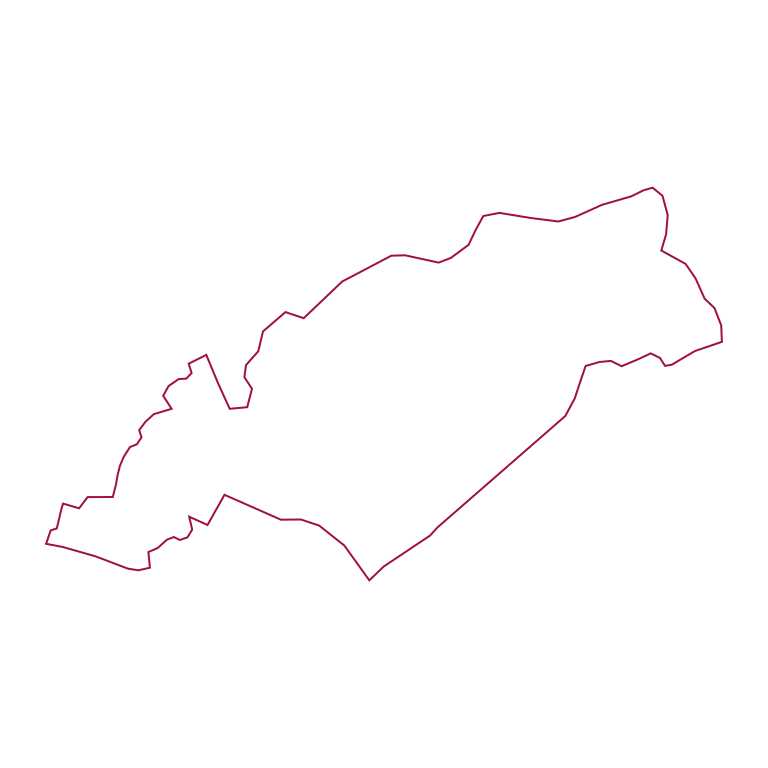 the district of Mirzo Ulugbek, Tashkent, Uzbekistan
{"feature_id": "79887680B41064680481751", "entity_name": "Mirzo Ulugbek", "entity_type": "district", "adm_level": 2, "iso_a3": "UZB", "parent_name": "Uzbekistan", "parent_adm1": "Tashkent", "projection": "robinson", "projection_center": [69.307, 41.302], "detail": "fine", "context": "isolated", "style": "outline", "palette": "rose", "viewbox_px": 768, "rotation_deg": 0, "n_neighbors": 0, "source": "geoboundaries", "source_scale": "gbopen_adm2", "svg_char_len": 1305}
<svg xmlns="http://www.w3.org/2000/svg" viewBox="0 0 768 768"><path d="M46.1,543.8L62.8,547.0L95.7,556.4L127.7,568.6L138.4,570.3L149.9,567.7L148.4,552.0L157.7,548.0L166.9,539.7L173.8,537.0L179.9,540.0L187.5,537.3L192.2,529.6L189.2,516.7L207.5,525.0L224.5,494.8L280.9,519.7L300.9,519.5L319.2,525.6L344.3,545.5L369.3,580.3L383.9,566.4L430.0,535.6L437.6,527.3L565.3,416.0L574.7,398.5L579.4,384.3L585.6,366.0L599.4,362.0L610.9,360.9L621.6,366.2L637.6,359.5L650.7,353.4L659.9,357.9L665.1,365.9L672.0,364.6L695.0,351.0L721.9,341.8L721.2,325.3L714.5,308.1L704.6,298.6L695.6,278.5L685.7,264.0L661.3,250.5L666.1,234.3L667.7,215.1L662.5,195.8L652.6,187.7L643.5,190.3L631.1,196.4L602.0,204.8L575.2,216.9L558.3,221.5L530.8,218.0L499.4,212.9L483.3,216.0L475.6,230.1L468.6,244.8L450.9,257.9L438.6,262.6L405.1,255.3L391.3,255.7L342.2,281.5L303.7,318.2L285.4,312.1L263.0,331.4L258.3,351.2L246.0,365.1L244.4,377.2L252.0,388.8L247.2,407.2L229.7,408.8L217.6,382.2L206.3,354.9L188.7,363.7L191.6,373.0L186.3,378.6L178.6,379.1L168.6,386.0L163.2,395.8L171.6,408.8L153.9,414.1L145.5,421.7L139.2,430.1L141.5,437.3L136.9,444.3L130.0,447.0L123.8,456.7L119.9,465.9L117.6,475.1L116.0,484.3L112.8,497.0L87.6,497.1L79.1,508.3L63.1,503.6L61.5,508.6L56.8,528.4L50.7,530.4L46.1,543.8Z" fill="none" stroke="#9f1239" stroke-width="2"/></svg>